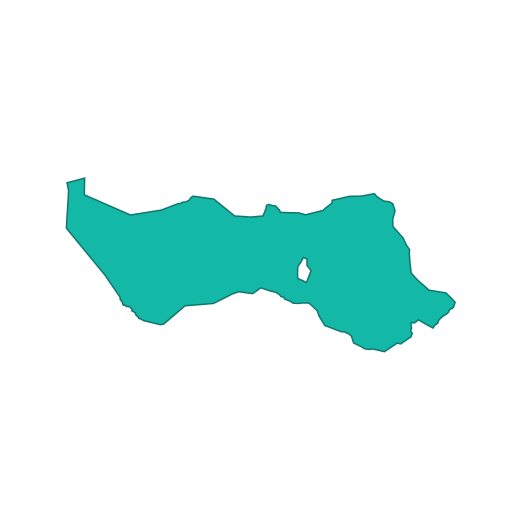 the district of Aldarxaan, Dzavhan, Mongolia, rotated 21°
{"feature_id": "93677404B43820021416267", "entity_name": "Aldarxaan", "entity_type": "district", "adm_level": 2, "iso_a3": "MNG", "parent_name": "Mongolia", "parent_adm1": "Dzavhan", "projection": "mercator", "projection_center": [96.609, 47.727], "detail": "fine", "context": "isolated", "style": "filled", "palette": "teal", "viewbox_px": 512, "rotation_deg": 21, "n_neighbors": 0, "source": "geoboundaries", "source_scale": "gbopen_adm2", "svg_char_len": 5533}
<svg xmlns="http://www.w3.org/2000/svg" viewBox="0 0 512 512"><g transform="rotate(21 256 256)"><path d="M458.5,227.9L454.2,225.7L446.5,222.4L429.9,225.9L414.8,220.3L407.0,216.3L402.2,207.2L397.8,197.8L397.2,195.1L392.4,191.8L387.0,186.6L381.0,183.4L376.2,180.9L373.2,179.3L370.4,172.5L369.7,164.1L365.0,158.3L361.6,157.6L361.4,157.6L361.1,157.7L358.1,158.3L355.6,158.9L352.5,158.3L348.0,157.4L344.2,155.4L341.0,157.3L332.8,162.4L321.9,166.8L317.1,170.0L316.9,170.2L312.8,172.9L307.3,176.6L307.2,176.6L307.2,176.8L307.3,177.0L307.5,177.8L307.6,178.3L307.7,178.6L307.9,179.5L306.9,181.2L303.7,186.4L302.4,189.3L291.3,197.1L291.1,197.2L289.3,198.5L287.5,199.8L280.5,200.4L278.4,201.2L274.6,202.5L274.4,202.6L274.0,202.8L270.5,204.0L264.4,206.1L263.1,206.6L262.5,205.9L262.3,205.5L261.9,205.1L261.6,204.8L261.2,204.6L260.8,204.4L260.6,204.4L260.4,204.4L260.2,204.3L259.9,204.2L259.7,204.1L259.4,203.9L259.3,203.7L259.0,203.6L258.7,203.4L258.4,203.2L258.2,203.1L257.8,202.9L257.6,202.8L257.3,202.8L257.0,202.6L256.6,202.4L256.4,202.3L256.2,202.3L255.9,202.4L255.7,202.5L255.0,202.5L254.9,202.6L254.5,202.9L254.1,203.0L253.7,203.1L253.1,203.1L252.8,203.1L252.5,203.0L252.1,203.1L251.6,203.2L251.0,203.2L250.4,203.3L249.9,203.3L249.4,203.4L249.1,203.6L248.7,203.8L248.4,204.1L248.2,204.4L248.0,204.7L247.9,205.0L247.8,205.3L247.8,205.6L247.8,206.2L248.1,207.4L248.3,208.1L248.3,208.7L248.4,209.3L248.3,210.3L248.3,212.0L248.1,216.2L243.3,218.5L236.7,221.7L231.3,223.3L221.7,226.3L196.3,218.0L180.0,221.7L175.8,222.7L175.6,223.0L175.0,223.8L174.5,224.5L174.3,224.8L174.2,224.9L174.2,225.1L174.2,225.5L174.1,225.9L173.7,227.2L173.5,227.8L173.3,228.2L173.2,228.4L172.9,228.7L172.5,229.1L172.1,229.6L171.2,230.5L170.8,230.8L170.4,231.0L169.8,231.3L169.1,231.6L168.5,232.0L168.0,232.3L167.9,232.4L167.7,232.5L167.6,232.8L167.3,233.3L166.9,233.9L166.7,234.1L166.2,234.3L165.7,234.5L165.3,234.6L164.9,234.7L151.1,247.1L147.8,249.0L124.3,262.6L124.1,262.7L73.8,260.4L68.1,244.6L64.0,247.7L53.3,255.3L57.7,262.3L58.4,264.7L60.5,271.1L64.8,284.8L67.3,292.7L67.6,293.6L67.8,294.0L68.7,297.2L69.0,298.0L73.1,300.3L121.9,328.0L142.0,341.9L144.1,343.3L144.2,343.9L144.3,344.2L144.3,344.5L144.6,344.9L145.0,345.3L145.3,345.6L145.6,345.8L146.1,346.0L146.4,346.2L146.7,346.3L147.1,346.5L147.4,346.8L147.7,347.0L148.0,347.2L148.1,347.4L148.4,348.0L148.7,348.4L148.9,348.7L149.2,349.0L149.5,349.2L149.8,349.3L150.0,349.3L150.4,349.3L150.5,349.2L150.8,349.1L151.0,348.9L151.4,348.8L151.5,348.8L151.9,349.0L152.0,349.1L152.3,349.3L152.5,349.4L152.7,349.5L153.0,349.6L153.5,349.6L153.8,349.3L154.0,349.2L154.4,348.9L154.7,348.8L154.8,348.8L155.0,348.8L155.4,348.9L155.8,348.9L156.1,348.8L156.3,348.8L156.5,348.8L156.8,348.9L157.1,349.1L157.3,349.2L157.6,349.4L157.8,349.5L158.1,349.6L158.3,349.6L158.8,349.8L159.0,349.9L159.2,350.1L159.4,350.4L159.5,350.8L159.6,351.0L159.7,351.3L159.8,351.6L160.1,351.9L160.3,352.0L160.5,352.0L160.9,351.8L161.1,351.7L161.4,351.7L161.5,351.7L161.7,351.8L162.0,351.9L162.4,352.0L162.7,352.1L162.9,352.2L163.2,352.2L163.4,352.2L163.6,352.3L163.8,352.6L163.9,352.8L164.1,353.0L164.4,353.2L164.4,353.4L164.5,353.6L164.7,353.8L165.1,354.1L165.3,354.2L165.5,354.3L165.9,354.5L166.1,354.5L166.4,354.6L166.6,354.7L166.7,354.8L167.1,354.9L167.3,355.0L167.5,355.0L167.9,355.0L168.1,355.0L168.3,355.2L168.3,355.5L168.4,355.8L168.6,356.0L169.0,356.1L169.4,356.2L169.7,356.3L170.2,356.2L170.4,356.2L170.7,356.1L170.9,356.1L171.1,356.1L171.3,356.0L171.5,356.1L171.9,356.2L172.2,356.3L172.5,356.3L173.0,356.4L173.5,356.5L173.8,356.6L174.2,356.6L191.2,354.4L194.2,352.7L207.6,327.9L233.2,315.6L242.4,305.6L244.6,303.1L247.7,299.7L253.0,295.4L261.6,293.5L265.3,292.6L265.7,292.5L266.4,292.3L271.9,284.0L283.5,283.4L284.2,283.1L285.2,283.2L287.1,282.8L289.0,283.0L290.7,283.4L291.9,283.7L293.0,284.4L293.9,284.9L294.7,285.0L296.2,284.4L296.7,284.5L297.1,285.1L297.7,285.6L298.1,285.9L302.0,286.0L302.3,286.0L304.8,286.0L307.2,286.8L312.6,285.1L316.8,282.9L317.0,282.9L319.1,282.1L321.9,281.1L323.8,281.5L325.3,282.1L325.8,282.3L328.6,283.4L332.9,285.2L336.3,289.4L345.1,296.2L350.2,296.2L351.9,296.2L357.3,296.2L362.7,296.1L362.9,296.1L363.1,296.1L365.6,295.2L365.8,295.2L367.5,295.3L369.0,295.4L369.3,295.4L371.1,295.6L373.9,296.7L378.3,302.2L380.4,302.4L386.9,302.9L390.8,303.7L395.1,302.7L398.5,300.9L410.2,299.3L419.0,286.8L422.6,286.2L428.4,277.7L428.5,277.5L428.8,277.2L429.1,276.9L429.3,276.6L429.5,276.2L429.6,275.5L429.6,274.7L429.6,274.0L429.7,273.4L429.7,272.6L429.2,272.0L428.6,271.4L428.1,271.1L427.5,270.8L427.3,270.6L427.2,270.1L427.0,269.8L426.9,269.5L426.9,269.1L427.2,268.7L427.3,268.3L427.2,267.9L426.9,267.2L426.5,266.4L425.3,264.5L425.0,264.0L424.8,263.0L424.9,262.7L425.0,262.1L426.0,262.2L427.0,262.1L427.9,261.6L428.4,260.9L429.0,260.0L429.5,259.0L430.1,258.2L430.5,257.3L439.6,258.9L447.1,259.8L447.6,256.7L449.8,253.6L449.6,252.8L449.6,251.2L449.9,249.6L450.4,248.5L451.0,247.3L451.5,246.3L452.3,245.0L452.9,244.1L454.0,242.8L454.8,241.6L455.2,240.9L455.7,239.8L455.8,239.4L455.9,239.0L455.9,237.9L456.0,237.5L456.1,236.8L456.3,236.3L456.7,235.8L457.1,235.3L457.4,235.1L457.7,234.9L458.0,234.6L458.2,234.1L458.5,233.6L458.7,233.1L458.5,227.9ZM312.7,255.9L312.6,262.6L305.5,262.1L302.9,261.9L300.9,257.1L300.3,255.3L299.1,251.8L299.1,251.7L298.8,250.9L300.0,246.2L300.8,240.5L302.9,240.5L303.1,240.5L304.7,240.5L306.9,246.4L309.6,248.1L309.8,248.2L310.8,248.8L312.2,249.7L312.8,250.1L312.7,252.4L312.7,253.5L312.7,254.6L312.7,255.4L312.7,255.6L312.7,255.9Z" fill="#14b8a6" stroke="#0f766e" stroke-width="1.5"/></g></svg>